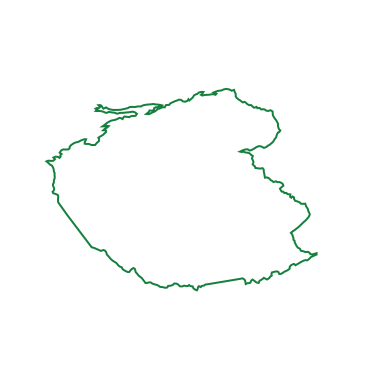 Jaguaribe, Ceará, Brazil (orthographic projection), rotated 232°
{"feature_id": "56859067B94931257092232", "entity_name": "Jaguaribe", "entity_type": "district", "adm_level": 2, "iso_a3": "BRA", "parent_name": "Brazil", "parent_adm1": "Ceará", "projection": "orthographic", "projection_center": [-38.68, -5.978], "detail": "fine", "context": "isolated", "style": "outline", "palette": "green", "viewbox_px": 384, "rotation_deg": 232, "n_neighbors": 0, "source": "geoboundaries", "source_scale": "gbopen_adm2", "svg_char_len": 6022}
<svg xmlns="http://www.w3.org/2000/svg" viewBox="0 0 384 384"><g transform="rotate(232 192 192)"><path d="M246.6,288.0L247.4,285.6L249.4,284.8L250.9,283.6L252.1,282.6L253.4,279.9L253.9,277.7L254.8,276.3L256.0,274.0L256.6,272.1L257.1,270.4L254.4,271.8L254.1,270.4L255.7,269.2L256.8,267.8L258.4,264.9L259.5,263.4L260.6,261.8L261.7,259.5L263.1,258.9L263.1,260.4L263.8,262.5L265.0,261.2L266.1,258.9L266.1,256.5L266.6,254.9L266.9,253.1L266.1,251.1L265.8,248.8L265.8,246.3L267.3,246.3L266.6,244.7L267.4,242.1L269.1,240.6L271.2,240.2L272.8,238.6L273.2,236.8L274.0,234.6L274.6,232.2L275.2,229.6L274.7,227.7L275.8,226.1L276.5,224.9L275.5,222.6L276.7,221.3L277.3,219.6L277.8,217.4L278.6,216.0L278.3,214.5L278.4,212.2L279.1,209.6L279.4,207.6L280.0,205.7L281.6,204.0L281.6,205.8L281.6,207.3L282.4,208.7L280.4,210.9L280.3,212.8L281.4,213.9L281.0,215.8L280.0,216.8L279.9,218.3L278.7,220.3L278.7,221.7L280.5,220.3L282.3,218.5L283.8,216.8L285.1,215.8L286.1,214.1L287.1,212.5L288.2,210.9L289.5,208.7L290.6,206.3L290.7,204.7L292.0,203.1L293.2,201.2L293.9,199.7L294.9,198.4L296.2,196.9L297.4,194.9L297.6,192.9L298.3,191.6L299.0,190.0L300.0,187.9L301.0,186.0L302.5,183.9L303.6,182.5L305.0,180.6L307.7,178.1L309.4,177.1L311.6,176.3L312.2,173.5L313.8,173.5L315.8,173.7L317.2,173.0L318.0,171.7L315.6,171.9L315.4,169.8L316.8,168.7L317.0,167.3L315.4,167.9L315.1,166.1L313.9,167.4L313.1,168.7L310.7,171.0L309.2,171.9L308.0,172.5L306.8,173.6L306.3,175.8L304.0,177.9L302.2,179.8L300.5,180.7L299.3,182.0L298.9,183.6L297.7,185.3L296.6,186.8L295.0,189.4L293.9,191.0L292.8,193.0L291.6,195.0L289.9,196.1L287.5,196.7L286.8,194.4L288.0,192.6L289.2,190.9L289.6,188.7L291.5,186.8L293.0,185.3L293.0,183.8L292.2,182.2L293.7,181.6L295.1,180.5L295.4,178.5L295.9,176.7L296.7,174.8L297.9,172.5L298.5,169.8L298.8,167.3L298.7,165.5L298.7,163.6L298.8,161.9L297.2,164.0L296.7,165.6L295.2,166.9L295.1,165.2L295.2,163.7L295.5,162.2L295.3,160.1L294.4,161.2L293.3,162.1L292.1,161.0L292.1,159.3L291.8,157.2L292.0,155.5L292.3,153.4L292.4,151.6L290.8,151.4L289.3,149.7L289.4,148.1L289.1,146.3L288.7,144.6L289.7,143.2L291.1,141.6L292.4,140.9L293.6,140.1L294.6,138.7L296.1,137.2L297.3,138.0L298.0,139.8L298.7,141.0L299.8,139.8L300.3,138.5L300.9,136.6L301.6,132.9L302.4,131.4L303.0,129.8L303.3,127.8L303.4,125.4L302.9,123.4L301.7,122.3L301.7,120.8L303.1,118.8L304.8,116.8L305.3,114.9L305.0,113.5L304.4,111.9L302.2,112.6L302.0,110.8L300.7,110.2L300.4,108.6L301.9,108.2L303.8,106.4L304.4,104.0L302.2,104.2L302.0,102.0L302.9,100.5L305.2,98.0L305.7,96.2L302.9,96.8L300.9,97.0L299.2,97.9L297.5,97.7L296.0,97.4L294.2,96.4L292.9,95.7L291.5,95.4L290.1,94.2L288.5,93.2L287.3,92.1L286.2,90.3L284.4,88.9L283.8,87.4L282.7,86.4L280.7,85.9L279.3,85.4L278.3,84.0L277.9,82.2L276.4,81.9L275.1,82.9L273.8,83.6L272.4,84.4L270.8,83.9L269.2,82.3L267.7,81.1L266.2,80.2L250.1,79.5L210.3,78.9L208.1,80.5L201.6,84.0L200.9,86.4L199.5,87.3L197.4,87.3L195.2,86.4L193.0,86.6L191.1,86.7L189.1,86.7L186.1,87.4L184.5,88.0L183.1,88.6L181.5,88.8L179.9,88.7L177.6,89.2L175.9,90.3L174.5,89.9L172.7,90.1L171.4,90.7L169.7,91.4L168.4,92.2L167.6,93.4L168.1,95.0L168.4,97.1L168.1,99.1L166.6,99.6L165.3,99.1L163.4,98.3L161.2,98.5L159.3,98.4L157.0,99.0L154.9,99.5L152.7,99.4L150.6,99.4L149.0,99.3L147.9,100.8L147.3,102.5L146.1,103.8L144.0,104.5L142.1,105.8L140.1,107.3L138.6,108.0L136.9,108.4L135.3,110.2L133.9,111.2L132.7,112.3L132.0,113.8L132.7,115.4L131.3,117.4L130.6,119.8L130.8,121.8L129.3,123.4L127.6,124.1L125.0,124.5L123.6,126.2L123.0,128.2L121.3,129.6L120.4,131.0L120.5,132.4L118.7,132.9L117.2,134.4L114.9,133.8L113.1,134.4L111.5,135.3L112.1,136.8L113.2,138.0L113.5,139.5L111.7,140.3L112.0,141.7L110.9,143.9L110.8,145.7L109.8,147.3L95.2,174.1L92.8,178.7L91.5,179.2L89.7,179.4L87.9,178.5L86.4,177.7L86.0,179.5L85.2,180.8L84.6,182.1L85.7,184.2L85.8,185.7L84.0,186.4L81.2,187.0L79.3,188.5L80.3,190.2L80.3,191.6L80.0,193.8L80.1,195.8L78.3,196.6L76.9,197.2L76.6,199.7L77.2,201.9L77.0,203.3L78.5,204.2L79.4,205.4L78.6,207.3L78.0,208.7L77.0,210.2L75.7,210.8L73.7,210.3L72.7,211.7L72.4,213.5L72.3,215.8L71.7,218.0L71.4,220.1L71.5,221.8L72.9,222.9L73.3,224.9L73.1,226.4L72.5,228.1L70.6,228.5L70.3,230.4L70.1,232.0L69.8,234.4L69.3,237.2L68.6,239.3L67.2,240.7L67.1,243.4L67.5,245.6L67.0,247.7L66.7,249.2L66.0,251.7L67.1,252.5L68.6,248.6L70.1,247.0L71.5,247.2L73.3,246.7L74.9,244.3L76.6,243.4L78.5,241.7L81.1,242.1L82.4,241.3L84.5,241.1L87.5,241.6L89.2,242.0L90.4,242.8L91.9,242.5L93.1,243.5L95.1,244.2L96.8,244.8L98.9,244.8L99.0,247.5L98.8,249.5L98.8,254.0L98.9,255.6L99.2,258.4L99.5,261.1L99.6,263.8L100.3,267.7L100.7,269.1L101.7,270.9L103.4,271.6L105.1,271.8L107.1,272.8L110.3,273.1L113.1,274.0L114.4,272.1L115.6,270.7L117.8,270.4L119.9,269.1L121.5,267.9L123.6,268.1L124.9,269.1L126.6,268.4L126.3,266.8L127.7,266.3L129.6,268.0L131.4,266.0L133.2,265.8L134.3,264.1L136.2,264.1L137.1,262.9L138.6,263.0L140.5,263.4L140.7,265.7L140.7,267.9L142.1,268.4L143.8,268.2L145.9,267.1L147.3,265.2L148.7,264.8L149.7,262.3L151.5,262.0L152.7,261.3L154.2,261.3L155.9,260.9L157.4,260.0L158.4,258.3L160.3,259.3L162.7,260.6L164.0,261.2L165.5,262.3L167.3,262.3L168.3,260.5L169.2,259.3L170.6,258.1L171.9,256.7L173.4,257.3L176.4,256.8L177.7,258.9L179.2,259.4L181.5,259.9L182.9,262.1L185.0,261.4L186.5,261.3L187.9,260.8L190.2,258.5L192.0,257.4L193.0,255.7L194.3,254.7L193.7,257.3L192.6,260.4L191.3,262.2L189.2,262.9L188.4,264.6L188.1,266.9L187.9,268.4L187.7,270.6L186.9,273.1L184.8,274.9L182.5,275.8L181.7,278.2L181.8,280.5L181.4,281.9L181.5,283.9L181.6,286.8L182.2,288.1L182.7,289.6L183.3,292.0L184.9,294.1L185.9,296.3L185.5,297.8L186.2,299.5L187.7,299.2L189.5,299.7L191.5,300.6L192.6,301.7L194.6,302.2L196.8,302.5L198.7,302.5L200.5,302.6L202.7,303.0L205.9,305.1L208.1,304.2L209.1,301.7L210.8,300.4L212.2,300.1L213.3,299.2L214.5,297.3L216.6,297.0L217.8,295.1L219.4,295.2L219.7,293.8L220.5,292.6L222.3,292.3L224.1,292.1L225.3,290.4L227.6,289.6L229.5,289.4L230.8,288.8L231.2,287.3L232.8,286.7L234.3,286.4L236.2,285.7L238.8,285.1L240.6,285.4L241.7,286.4L242.9,287.0L244.8,287.3L246.6,288.0Z" fill="none" stroke="#15803d" stroke-width="2"/></g></svg>